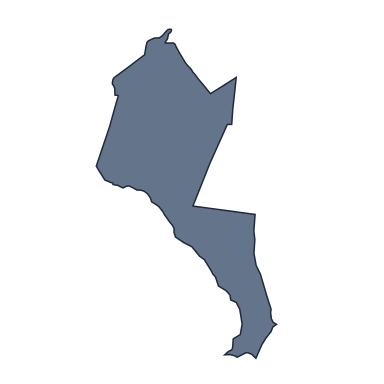 the district of Geisan, Blue Nile, Sudan, rotated 186°
{"feature_id": "16777658B89515248440242", "entity_name": "Geisan", "entity_type": "district", "adm_level": 2, "iso_a3": "SDN", "parent_name": "Sudan", "parent_adm1": "Blue Nile", "projection": "robinson", "projection_center": [34.705, 11.239], "detail": "fine", "context": "isolated", "style": "filled", "palette": "slate", "viewbox_px": 384, "rotation_deg": 186, "n_neighbors": 0, "source": "geoboundaries", "source_scale": "gbopen_adm2", "svg_char_len": 2174}
<svg xmlns="http://www.w3.org/2000/svg" viewBox="0 0 384 384"><g transform="rotate(186 192 192)"><path d="M160.0,310.6L162.1,308.9L180.8,294.1L184.0,291.7L190.5,298.3L197.8,305.3L200.4,308.3L203.7,311.4L205.2,313.4L205.7,314.1L206.5,314.8L209.4,317.1L212.3,320.1L215.5,324.4L216.4,325.6L220.0,330.4L223.6,335.8L224.4,337.3L226.3,338.3L228.0,338.0L233.4,337.5L233.9,337.5L234.2,337.5L233.7,339.5L232.9,340.6L232.7,340.9L232.5,341.5L232.3,342.4L232.2,344.2L231.9,345.8L231.8,346.8L229.9,348.7L229.3,350.5L229.7,351.5L231.2,351.6L232.9,351.0L234.4,349.3L236.6,346.0L238.3,343.8L240.6,341.9L242.1,341.7L245.7,341.1L248.1,339.7L251.2,337.8L252.5,335.9L253.0,331.5L253.2,328.0L253.5,323.5L254.1,322.9L257.6,319.7L259.5,317.9L268.4,309.5L281.5,297.5L281.8,296.9L281.9,296.6L282.2,295.9L282.5,295.0L282.5,294.7L282.6,293.1L282.5,291.1L280.9,289.2L279.6,286.7L279.5,285.6L279.2,283.6L278.7,280.3L275.9,280.3L275.3,279.8L275.9,276.9L276.1,276.1L278.1,264.4L280.7,248.8L289.9,207.7L286.2,202.8L286.2,202.7L284.4,200.6L282.4,197.9L281.0,196.2L280.6,195.7L280.1,195.1L279.8,194.7L279.6,194.6L278.8,194.4L277.7,194.1L276.1,193.8L274.6,193.1L273.1,192.8L271.8,192.8L271.0,191.3L271.1,191.2L270.8,191.1L266.6,190.9L263.9,189.8L261.1,188.8L258.0,190.7L255.5,191.5L251.7,190.2L247.1,188.2L243.3,188.5L239.7,187.8L236.1,185.6L233.2,182.4L232.5,181.1L231.1,178.0L226.7,175.9L223.5,174.1L219.0,169.4L216.6,166.1L216.0,165.5L210.8,159.5L207.9,156.7L206.0,154.0L205.7,150.0L203.7,145.5L194.8,140.7L186.5,137.6L177.6,128.8L172.8,126.2L167.3,119.1L164.3,115.2L162.7,112.5L159.8,110.1L155.9,101.3L152.1,99.5L147.6,97.3L143.4,93.4L142.2,88.7L136.4,86.8L132.2,80.2L128.3,65.8L129.1,55.3L135.7,50.2L135.3,42.9L135.5,40.5L136.1,39.0L137.4,38.3L139.3,37.0L142.4,33.5L137.0,34.3L132.1,33.5L129.9,32.4L121.3,37.9L119.2,37.9L115.6,36.9L111.1,33.3L106.6,47.4L103.3,54.2L98.8,61.4L97.5,66.2L94.1,69.2L97.8,71.0L100.0,74.6L100.4,77.0L101.2,80.2L101.1,83.7L106.8,96.6L115.3,117.3L120.5,125.6L124.0,137.5L124.5,151.1L126.4,159.7L126.9,176.3L189.6,178.1L177.3,222.0L163.9,262.9L159.6,263.4L160.1,278.8L160.0,294.9L160.0,309.1L160.0,309.3L160.0,310.6Z" fill="#64748b" stroke="#1e293b" stroke-width="1.5"/></g></svg>